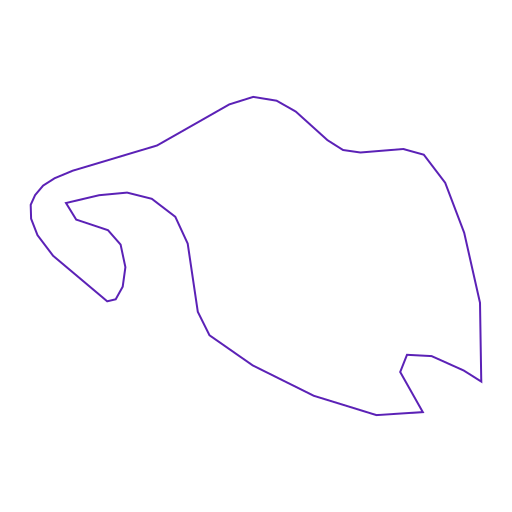 SVG path tracing the border of National Capital District
{"feature_id": "PNG-1254", "entity_name": "National Capital District", "entity_type": "Province", "adm_level": 1, "iso_a3": "PNG", "parent_name": "Papua New Guinea", "parent_adm1": "", "projection": "mercator", "projection_center": [147.167, -9.459], "detail": "fine", "context": "isolated", "style": "outline", "palette": "violet", "viewbox_px": 512, "rotation_deg": 0, "n_neighbors": 0, "source": "natural_earth", "source_scale": "10m", "svg_char_len": 679}
<svg xmlns="http://www.w3.org/2000/svg" viewBox="0 0 512 512"><path d="M481.3,381.6L463.7,370.5L431.6,356.1L407.0,354.8L400.2,372.0L422.8,412.1L376.4,415.1L313.8,395.8L252.7,365.4L209.5,335.3L197.8,311.8L187.7,243.6L175.3,216.8L151.8,198.8L127.1,192.6L99.2,195.2L66.0,203.0L76.2,219.6L108.0,230.2L120.6,244.6L125.4,267.2L122.7,286.7L115.7,299.3L107.2,301.3L53.1,255.8L37.5,235.2L31.1,218.7L30.7,204.8L35.1,195.1L43.1,185.6L54.7,178.2L72.7,170.7L157.0,145.5L229.3,104.4L253.2,96.9L276.6,100.7L295.8,111.6L327.5,140.2L343.0,150.0L360.4,152.5L403.2,149.0L423.8,154.7L445.2,182.8L464.2,232.8L480.0,302.8L481.2,377.9L481.3,381.6Z" fill="none" stroke="#5b21b6" stroke-width="2"/></svg>